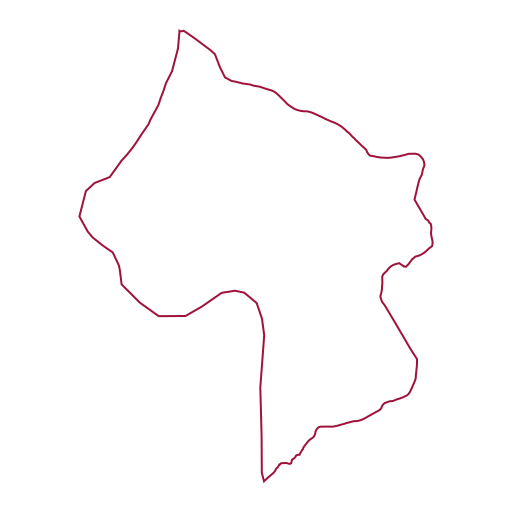 Shibam Kawkaban, Al Mahwit, Yemen
{"feature_id": "15242507B12742486691999", "entity_name": "Shibam Kawkaban", "entity_type": "district", "adm_level": 2, "iso_a3": "YEM", "parent_name": "Yemen", "parent_adm1": "Al Mahwit", "projection": "mercator", "projection_center": [43.874, 15.476], "detail": "fine", "context": "isolated", "style": "outline", "palette": "rose", "viewbox_px": 512, "rotation_deg": 0, "n_neighbors": 0, "source": "geoboundaries", "source_scale": "gbopen_adm2", "svg_char_len": 4039}
<svg xmlns="http://www.w3.org/2000/svg" viewBox="0 0 512 512"><path d="M421.4,157.3L421.3,157.1L419.3,155.2L418.6,154.6L417.6,154.3L415.4,153.7L408.8,153.8L403.7,155.2L399.1,156.3L398.6,156.4L391.2,157.6L387.0,157.9L386.4,157.8L384.1,157.7L381.6,157.6L379.3,157.3L377.1,157.0L374.9,156.5L372.5,156.0L370.2,155.7L368.4,154.1L367.1,152.1L366.3,150.0L364.7,148.3L363.0,146.9L361.3,145.3L359.5,143.5L357.7,141.8L356.1,140.4L354.5,138.6L352.4,136.7L349.7,133.7L346.9,131.4L345.2,129.7L343.3,128.1L341.5,126.6L339.9,125.6L339.6,125.4L337.2,124.0L334.1,122.5L331.8,121.7L329.7,120.8L326.5,119.4L324.0,118.2L322.1,117.2L320.1,116.3L317.9,115.3L315.4,114.1L312.6,112.9L310.0,112.0L307.6,111.4L305.3,111.3L302.9,111.2L300.3,110.8L298.1,110.2L295.5,109.4L293.0,108.0L291.1,106.8L289.1,105.4L287.3,104.0L285.5,102.1L283.9,100.5L282.2,98.8L280.6,97.3L278.9,95.5L276.8,93.6L274.8,92.0L272.9,91.0L270.4,90.0L268.2,89.5L265.3,88.6L264.2,88.2L262.6,87.7L260.0,86.8L257.5,86.3L254.2,85.8L252.0,85.2L249.9,84.4L247.7,84.2L245.3,83.8L242.5,83.5L240.4,82.9L238.0,82.3L235.5,81.7L232.7,81.2L231.5,80.9L225.0,77.4L220.0,67.3L219.7,66.6L216.9,59.3L214.9,54.2L209.9,49.7L205.7,46.6L193.8,37.7L183.6,30.7L182.6,31.2L180.0,31.3L179.5,30.9L178.0,48.4L172.0,71.3L165.9,83.3L163.8,89.9L160.6,98.3L158.5,104.8L150.2,120.1L148.8,123.8L143.9,130.9L142.0,133.6L136.3,142.4L132.7,147.5L126.9,154.8L121.6,160.6L109.7,177.1L94.6,183.0L86.7,190.3L85.9,191.0L84.8,195.3L79.4,216.5L87.7,231.5L92.7,237.5L102.7,245.5L112.8,252.5L118.9,265.5L119.9,270.5L121.6,284.4L139.9,302.7L158.6,316.1L166.7,316.1L183.9,316.0L185.5,316.0L190.8,312.9L202.0,306.5L211.9,299.6L221.6,292.9L223.9,292.5L224.9,292.3L225.0,292.3L227.8,291.9L235.0,290.7L244.3,292.7L256.7,303.1L262.0,318.7L264.2,335.3L262.2,362.3L261.0,378.1L260.3,387.3L261.6,436.2L261.8,472.7L261.9,473.1L264.0,481.3L265.9,479.5L267.7,477.8L270.4,475.5L272.1,474.1L273.9,472.5L275.2,470.7L276.1,468.7L277.7,467.3L279.3,464.6L279.6,464.8L281.2,463.2L283.6,463.1L286.5,463.0L288.7,463.7L289.9,463.9L291.2,463.2L292.0,459.7L294.0,458.5L295.4,457.0L295.8,456.0L296.4,455.3L298.0,454.8L299.5,454.8L301.2,451.5L302.1,450.0L302.8,449.3L303.4,447.7L304.6,445.8L306.2,443.9L307.9,441.6L309.4,440.0L312.0,438.2L313.7,436.9L315.2,433.8L315.5,431.5L316.6,429.4L318.3,427.4L320.4,426.7L322.5,426.7L325.1,426.6L327.2,426.6L329.2,426.6L331.4,426.7L333.8,426.5L336.0,426.0L338.0,425.6L340.5,424.8L342.5,424.3L342.9,424.2L344.4,423.8L346.6,423.0L349.2,422.4L351.4,421.8L353.3,421.3L355.5,421.1L357.5,421.0L359.5,420.5L360.1,420.3L362.0,419.6L363.9,418.8L366.6,417.3L368.2,416.3L370.1,415.3L372.1,414.2L372.6,413.9L374.7,412.8L376.3,411.8L378.2,410.9L379.8,409.9L381.3,408.1L382.0,406.1L383.2,404.4L384.7,403.1L386.7,402.3L388.6,401.6L390.5,401.2L392.8,401.0L395.0,400.2L396.7,399.4L398.6,398.9L399.5,398.6L401.0,398.0L403.0,397.3L405.0,396.3L406.9,395.4L408.4,394.2L409.9,392.0L410.8,390.1L412.1,387.5L412.8,385.6L413.7,383.7L414.8,381.1L415.5,379.3L415.8,377.0L415.9,374.8L416.2,372.6L416.4,370.2L416.7,367.7L416.9,365.7L417.0,363.6L417.0,361.5L417.0,359.5L416.9,358.9L414.9,355.8L410.7,349.3L404.9,339.4L402.0,334.4L400.6,332.2L400.5,331.9L395.0,322.5L384.9,305.6L383.7,303.9L382.3,302.2L381.4,300.1L380.7,298.1L380.4,296.0L381.3,293.0L381.7,290.7L382.0,288.3L382.0,286.4L382.4,283.5L382.3,281.2L382.3,279.2L382.2,277.0L382.9,274.8L384.9,272.6L387.0,270.8L388.0,269.2L389.4,267.7L390.5,266.7L390.8,266.4L393.0,265.1L394.9,264.3L397.1,263.7L399.1,263.3L399.2,263.2L401.7,264.9L403.8,266.4L404.0,266.2L405.9,266.8L408.6,264.1L412.2,259.2L415.4,256.6L417.6,256.0L419.5,255.4L421.8,254.2L423.8,253.0L425.9,251.4L427.7,249.6L429.1,248.3L430.8,247.1L431.9,246.1L432.2,245.9L432.6,243.2L432.5,241.2L431.9,238.5L431.4,236.2L431.0,233.3L431.2,231.0L431.3,229.7L431.4,228.7L431.3,227.1L431.2,225.8L430.7,223.8L429.1,222.5L428.4,220.7L425.6,218.9L424.4,216.6L414.5,199.6L418.3,183.5L419.6,178.9L421.8,174.8L422.8,169.9L423.1,168.9L424.5,165.2L424.3,164.3L424.3,164.0L424.0,162.0L423.0,159.3L421.4,157.3Z" fill="none" stroke="#9f1239" stroke-width="2"/></svg>